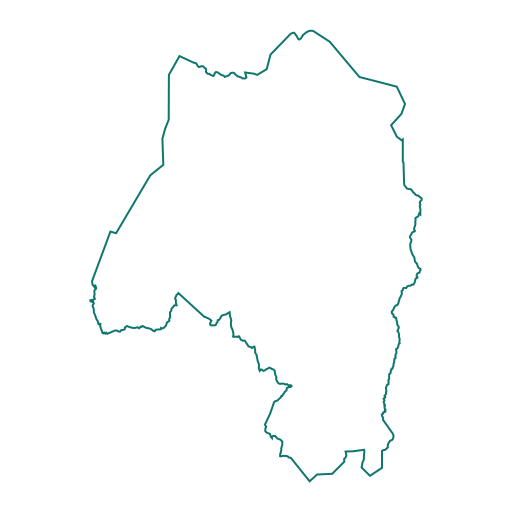 Loh-Djiboua, Sud-Bandama, Ivory Coast (Equal Earth projection)
{"feature_id": "98640826B50838995581112", "entity_name": "Loh-Djiboua", "entity_type": "district", "adm_level": 2, "iso_a3": "CIV", "parent_name": "Ivory Coast", "parent_adm1": "Sud-Bandama", "projection": "equal_earth", "projection_center": [-5.414, 5.714], "detail": "fine", "context": "isolated", "style": "outline", "palette": "teal", "viewbox_px": 512, "rotation_deg": 0, "n_neighbors": 0, "source": "geoboundaries", "source_scale": "gbopen_adm2", "svg_char_len": 6029}
<svg xmlns="http://www.w3.org/2000/svg" viewBox="0 0 512 512"><path d="M329.7,41.7L313.1,30.9L310.0,30.7L307.1,31.8L303.1,34.9L300.8,38.5L299.6,39.4L299.1,39.5L298.1,38.8L296.8,36.2L294.2,32.8L293.0,32.8L290.7,33.8L289.6,34.9L270.5,54.6L266.7,69.2L257.1,74.9L254.0,73.7L245.1,72.5L246.4,77.6L244.9,78.5L242.5,78.4L241.3,77.4L240.1,77.2L238.8,76.5L237.5,76.4L236.5,75.2L235.2,74.4L234.3,73.1L233.1,72.7L231.8,72.8L230.4,73.3L229.6,74.7L228.5,75.5L224.8,76.9L223.8,75.7L221.1,74.9L217.4,72.2L215.8,72.1L214.7,73.2L214.2,75.0L213.3,76.0L210.5,74.8L209.3,73.8L208.1,73.9L206.8,73.0L205.9,71.8L206.1,70.2L205.8,68.6L204.5,67.8L203.3,66.5L201.9,66.1L199.0,67.1L197.8,66.1L196.2,63.3L193.5,62.6L179.5,56.1L168.9,74.8L168.7,119.8L165.2,128.5L162.4,138.7L163.3,164.8L150.3,175.3L116.1,233.2L110.4,231.6L92.0,281.3L92.6,284.9L93.5,285.6L94.2,286.7L94.4,285.7L95.0,285.4L95.7,286.2L95.9,287.1L96.1,288.7L94.5,290.3L94.3,291.2L94.6,294.4L94.0,296.7L94.7,298.0L94.7,299.1L93.8,299.3L92.7,300.1L92.0,299.9L90.3,300.3L90.3,300.8L91.1,301.6L91.8,301.8L92.1,301.4L93.0,301.3L93.5,302.4L93.4,302.8L93.8,303.6L92.9,304.9L92.5,305.9L93.4,307.8L93.7,309.1L93.9,312.4L95.6,316.5L96.2,318.7L97.9,321.4L98.4,324.0L99.3,324.4L100.0,323.8L100.4,323.9L100.2,326.3L102.5,333.0L103.6,333.4L104.2,332.6L105.4,333.6L106.4,332.7L107.3,333.8L115.0,330.5L117.1,330.5L118.3,331.5L120.1,331.6L120.9,330.4L121.6,330.0L122.6,330.1L124.4,329.4L124.8,329.0L125.0,327.4L126.9,326.0L130.1,327.3L133.5,328.0L135.1,327.9L137.4,327.3L139.1,328.3L140.3,327.0L140.7,326.7L141.6,326.9L141.9,326.4L142.7,326.0L145.9,327.8L149.6,328.5L151.4,329.3L153.1,330.8L154.3,331.3L154.9,331.1L155.4,330.0L155.8,329.7L160.8,329.3L161.1,329.0L161.1,328.0L162.0,328.3L163.5,328.1L166.0,325.5L167.0,322.4L169.3,320.9L169.2,319.0L170.3,317.0L170.0,315.8L170.0,312.4L171.2,310.8L171.6,308.5L172.9,307.3L174.3,305.3L176.6,305.3L175.9,302.8L175.9,300.1L175.1,298.5L175.2,298.0L176.6,294.9L177.6,294.2L178.4,293.1L204.4,316.9L204.9,316.8L209.1,318.8L211.4,320.6L210.0,323.7L210.5,325.1L211.0,325.3L214.5,325.4L215.6,325.0L216.0,324.6L216.5,323.1L217.5,322.1L217.7,320.2L219.3,319.7L221.6,315.8L223.6,314.9L225.8,314.5L229.6,312.2L229.9,315.5L231.3,320.3L230.9,322.5L230.9,325.0L231.5,327.7L232.4,329.4L233.5,333.9L233.1,336.5L233.3,336.9L235.6,336.6L237.6,337.0L238.7,336.2L239.2,336.5L240.5,339.1L241.3,340.1L242.8,340.7L244.2,340.5L245.0,340.9L248.5,346.4L251.2,347.2L251.6,347.8L252.2,347.9L253.8,346.6L254.4,346.6L255.2,350.3L255.1,352.4L256.7,355.4L257.6,360.8L259.0,364.4L258.8,368.6L259.8,370.9L261.0,369.4L261.8,369.6L263.3,370.9L264.8,370.4L266.6,369.0L267.7,368.7L269.1,367.7L270.0,367.8L271.8,369.0L273.6,369.5L274.8,371.0L275.2,374.5L276.5,377.6L276.1,379.2L277.4,382.0L278.5,383.3L280.0,383.9L281.9,383.6L284.0,383.8L285.6,384.5L287.2,384.2L288.4,385.4L289.8,385.1L291.3,385.5L291.5,385.9L291.6,386.2L290.3,387.1L289.0,386.9L288.2,387.5L287.0,387.8L286.7,388.5L286.6,390.1L284.4,392.3L284.0,393.5L282.7,394.7L282.4,395.9L281.4,396.0L280.8,397.4L277.3,400.6L275.0,401.3L274.1,402.1L270.1,413.7L264.9,424.7L266.0,426.4L266.0,427.2L265.5,428.1L265.2,430.5L265.4,431.4L266.8,432.7L269.9,433.9L270.9,436.9L271.9,438.0L271.9,436.9L272.5,436.3L273.5,435.9L275.1,436.0L277.5,438.6L280.5,439.7L282.3,441.6L282.3,444.4L281.2,448.6L281.4,449.7L280.8,451.7L280.8,452.9L280.2,453.6L280.1,456.2L280.9,456.4L282.8,455.8L286.5,456.0L288.0,456.5L288.5,457.4L290.8,457.8L309.6,481.3L317.1,474.5L332.2,473.8L344.3,461.7L344.1,459.0L345.5,457.5L346.4,455.7L345.6,451.5L352.8,451.3L364.1,449.8L364.4,451.9L364.0,455.1L363.8,459.6L362.6,462.0L361.6,467.5L370.0,475.8L382.0,467.8L382.0,450.8L383.6,450.1L385.2,449.8L387.5,447.7L387.8,447.3L387.7,445.6L388.3,443.4L390.1,440.7L391.8,440.1L392.7,439.3L393.4,437.4L393.5,436.0L393.5,435.5L392.6,433.4L383.0,419.8L383.2,418.3L382.6,416.8L382.2,416.5L381.8,414.5L382.7,414.1L383.1,413.4L383.1,412.6L384.3,412.2L384.6,411.2L385.1,411.6L385.5,411.0L385.2,410.5L385.5,409.9L385.3,409.3L384.9,409.2L384.6,407.6L384.5,406.9L385.0,405.3L384.8,404.8L384.3,404.8L384.4,404.1L383.6,401.8L384.4,400.7L384.3,399.8L383.6,398.9L385.2,397.4L385.1,395.9L384.6,396.2L384.6,395.5L385.2,395.0L386.0,393.9L386.1,392.8L385.9,392.2L386.2,391.9L386.3,391.3L386.2,389.2L385.9,388.2L386.0,387.7L387.2,384.7L388.5,384.2L388.6,381.4L388.3,380.3L389.1,379.0L389.1,374.5L389.5,373.8L390.1,373.7L390.7,372.6L390.7,371.4L391.3,370.0L391.2,369.3L392.5,368.7L392.5,367.7L393.4,366.4L393.5,364.0L394.2,362.1L394.1,361.1L394.3,360.7L394.3,359.1L395.5,358.2L395.3,357.2L395.6,356.8L395.3,356.3L395.6,354.5L396.4,353.1L396.4,351.0L396.0,349.9L396.2,349.0L397.4,348.4L398.2,346.7L398.2,346.1L398.9,343.8L399.7,343.1L399.4,342.6L399.3,341.8L399.7,339.3L398.9,336.4L399.1,334.4L398.1,331.6L397.4,330.9L398.6,328.3L398.8,327.1L397.1,324.2L397.2,322.1L396.5,320.4L396.1,317.9L394.8,317.6L394.6,317.1L393.6,316.8L393.6,315.6L393.3,314.5L391.9,313.3L391.8,311.5L393.1,310.1L393.9,308.1L395.5,305.6L397.3,305.1L398.3,303.5L399.6,298.2L400.3,297.4L401.8,294.0L401.9,293.1L401.5,291.9L401.7,291.0L402.7,290.2L403.0,288.8L403.5,288.0L404.1,287.8L406.1,288.1L407.2,286.5L408.1,285.9L410.6,285.6L411.8,284.6L413.4,284.6L414.7,282.4L415.5,278.8L416.5,278.1L417.3,277.9L417.5,277.4L416.6,276.0L416.9,274.3L417.5,273.4L419.5,272.6L419.9,270.9L420.6,269.7L420.5,268.9L418.8,268.1L417.7,266.1L417.0,263.8L415.1,261.7L414.7,260.1L414.4,257.6L412.3,254.2L410.7,249.6L410.4,248.0L410.2,244.1L411.4,240.7L411.4,239.7L410.1,237.7L409.9,236.5L411.6,233.8L411.9,232.7L412.5,232.2L414.8,231.3L414.9,230.7L414.2,229.7L414.0,229.0L415.5,223.9L415.2,221.9L415.6,220.4L415.4,218.8L415.6,217.9L418.2,216.3L419.3,213.4L420.3,214.4L420.4,209.1L419.7,205.9L420.4,204.3L419.7,203.0L420.1,201.6L421.6,200.0L421.7,198.9L421.6,198.3L419.4,196.7L418.5,195.6L417.4,195.6L415.6,194.8L414.5,193.3L413.6,192.8L411.0,189.3L407.0,188.6L404.4,185.2L404.1,183.4L403.5,162.7L402.8,161.7L402.8,139.5L401.8,140.4L396.9,136.8L391.1,125.2L401.4,113.9L405.0,104.0L396.8,86.7L359.4,77.0L329.7,41.7Z" fill="none" stroke="#0f766e" stroke-width="2"/></svg>